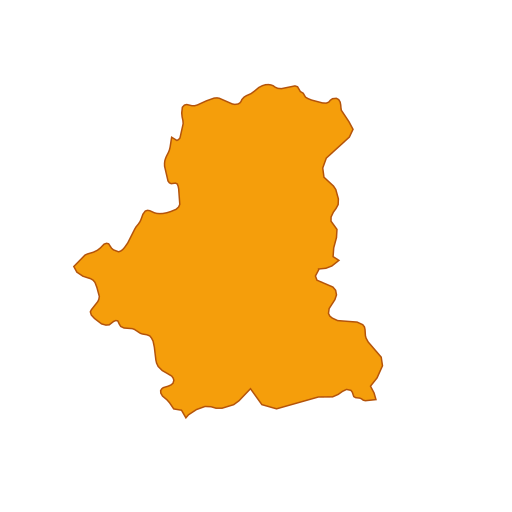 the Metropolitan department of Haute-Vienne, rotated 22°
{"feature_id": "FRA-5303", "entity_name": "Haute-Vienne", "entity_type": "Metropolitan department", "adm_level": 1, "iso_a3": "FRA", "parent_name": "France", "parent_adm1": "", "projection": "orthographic", "projection_center": [1.157, 45.922], "detail": "fine", "context": "isolated", "style": "filled", "palette": "amber", "viewbox_px": 512, "rotation_deg": 22, "n_neighbors": 0, "source": "natural_earth", "source_scale": "10m", "svg_char_len": 2874}
<svg xmlns="http://www.w3.org/2000/svg" viewBox="0 0 512 512"><g transform="rotate(22 256 256)"><path d="M416.8,338.8L421.0,344.2L411.6,349.2L409.4,349.5L407.2,348.9L405.4,348.9L401.4,350.0L399.3,349.7L396.3,346.2L394.3,345.0L389.9,345.8L386.9,349.1L384.0,353.6L379.8,357.9L366.6,363.4L332.3,390.0L317.1,391.6L300.6,381.1L294.4,396.7L291.0,402.2L281.6,409.8L275.9,412.1L270.8,412.6L265.1,414.6L258.3,420.7L252.9,428.5L251.6,432.3L244.7,426.9L237.0,428.6L230.9,424.5L227.3,422.7L221.8,420.9L219.1,418.8L218.0,416.5L218.4,414.4L219.2,413.0L219.7,412.5L223.2,409.7L225.4,407.5L226.7,405.1L226.4,402.0L224.9,400.2L222.8,398.9L211.9,397.3L206.7,395.1L203.9,392.5L202.1,389.9L195.9,378.6L192.4,373.4L189.8,371.2L187.5,369.9L184.4,369.9L179.7,370.9L177.7,371.0L170.8,369.6L168.5,369.7L160.6,372.2L157.0,372.0L154.8,370.4L152.1,367.9L150.1,368.4L148.5,370.0L145.7,374.8L142.7,376.3L138.2,376.8L129.6,374.4L125.4,372.4L123.3,369.8L123.5,367.4L126.4,357.5L126.5,355.0L125.9,352.2L120.3,344.8L116.6,340.8L113.9,339.4L111.2,339.0L103.2,339.6L96.0,338.1L91.0,334.0L97.1,319.2L98.9,317.3L103.8,313.4L106.8,310.1L108.7,306.8L110.7,301.9L112.7,300.2L114.8,299.9L119.1,302.9L121.5,303.7L127.0,303.6L128.7,302.1L130.0,300.0L130.9,297.5L132.2,291.9L133.5,276.4L133.9,273.8L135.0,270.4L135.6,267.6L135.7,265.4L135.5,259.6L136.5,255.8L138.3,254.3L140.6,253.8L145.6,254.0L148.0,253.7L150.8,252.8L153.7,251.5L157.0,249.4L160.2,246.8L164.4,242.7L165.9,239.6L166.0,236.7L159.2,222.8L157.7,220.5L156.0,218.7L154.0,218.6L150.3,220.7L148.3,220.6L146.3,219.4L137.6,207.0L136.5,204.4L135.8,201.9L135.6,199.5L135.6,197.3L136.0,192.7L136.0,190.2L135.6,187.3L133.3,177.5L139.4,178.5L140.6,177.0L141.3,175.0L138.9,160.6L137.5,157.8L135.4,154.7L133.6,151.3L132.0,145.7L133.1,142.9L135.0,141.5L140.2,140.7L142.8,139.7L145.1,137.9L151.9,130.7L158.0,125.3L160.6,124.0L162.9,123.5L177.1,123.9L179.6,123.4L182.4,121.8L183.7,120.1L184.2,118.5L184.3,116.2L185.4,113.2L187.0,111.0L190.5,107.4L192.7,103.9L195.5,98.7L198.1,95.7L200.7,93.6L203.3,92.4L205.7,91.8L208.1,91.7L210.5,92.3L213.4,92.4L216.9,91.3L228.4,83.7L231.1,83.5L235.5,86.9L238.8,87.4L242.4,90.2L245.4,90.6L249.1,90.6L260.2,89.2L263.8,88.0L265.8,86.1L266.6,83.7L268.0,81.5L271.4,79.7L274.1,80.0L276.4,81.8L278.0,84.3L279.2,86.7L280.5,88.9L291.9,96.7L298.5,102.2L298.0,110.8L284.5,138.9L284.9,149.4L289.5,157.5L301.6,162.1L305.1,164.5L311.0,172.2L312.9,177.5L312.4,182.0L311.3,186.4L311.0,191.7L312.5,195.6L321.1,201.0L323.7,208.7L325.0,219.3L327.7,227.7L334.5,229.0L330.1,236.8L325.4,241.2L318.9,244.6L319.3,245.2L318.6,252.3L321.6,255.6L339.0,256.0L342.7,258.0L345.2,261.9L345.5,266.9L343.5,277.3L344.7,282.1L347.0,284.1L350.0,285.0L355.9,285.3L374.5,279.4L380.7,279.7L383.1,281.1L384.6,283.3L387.3,288.9L388.8,290.9L392.2,293.7L410.0,302.9L414.4,310.4L413.9,323.7L410.9,333.8L416.8,338.8Z" fill="#f59e0b" stroke="#b45309" stroke-width="1.5"/></g></svg>